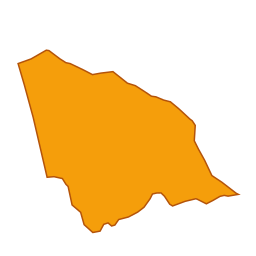 outline of Goudoumaria, Diffa, Niger, rotated 77°
{"feature_id": "23599985B75635581877036", "entity_name": "Goudoumaria", "entity_type": "district", "adm_level": 2, "iso_a3": "NER", "parent_name": "Niger", "parent_adm1": "Diffa", "projection": "natural_earth1", "projection_center": [11.333, 13.844], "detail": "fine", "context": "isolated", "style": "filled", "palette": "amber", "viewbox_px": 256, "rotation_deg": 77, "n_neighbors": 0, "source": "geoboundaries", "source_scale": "gbopen_adm2", "svg_char_len": 932}
<svg xmlns="http://www.w3.org/2000/svg" viewBox="0 0 256 256"><g transform="rotate(77 128 128)"><path d="M40.5,220.6L62.9,219.3L96.2,218.0L157.8,217.9L158.8,211.0L162.5,203.3L169.0,201.1L171.5,199.5L190.4,199.8L199.5,193.1L212.3,192.5L221.9,185.8L222.2,178.4L216.4,173.3L216.0,168.8L219.8,166.0L219.6,162.6L215.1,157.7L214.8,147.6L212.1,137.4L208.8,130.2L201.9,122.4L197.8,119.0L197.8,114.7L198.7,110.4L202.7,107.8L211.6,104.5L214.0,102.1L212.3,88.8L212.2,77.8L213.0,76.5L219.5,68.7L217.7,61.6L215.3,53.7L215.3,49.4L216.9,45.8L217.5,35.4L216.5,36.6L215.8,37.4L202.0,48.7L193.2,57.0L176.7,60.6L164.5,64.1L155.4,66.3L140.6,61.9L135.4,63.8L133.2,65.7L121.1,73.9L112.0,80.8L108.8,87.0L103.9,93.8L102.3,98.0L95.7,104.2L88.4,111.3L84.2,118.5L69.7,130.0L68.4,142.1L68.0,150.6L61.8,157.9L52.2,169.9L50.4,173.8L45.2,178.9L34.8,187.6L33.8,190.1L35.7,196.4L38.9,207.0L40.5,220.6Z" fill="#f59e0b" stroke="#b45309" stroke-width="1.5"/></g></svg>